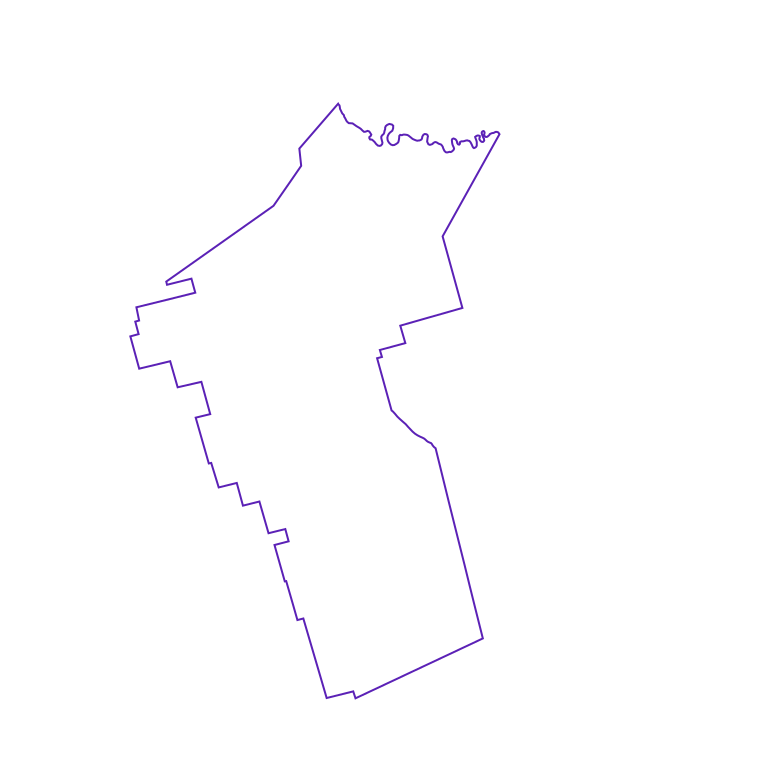 the district of Loreto, Santiago del Estero, Argentina, rotated 334°
{"feature_id": "61730980B13568432968305", "entity_name": "Loreto", "entity_type": "district", "adm_level": 2, "iso_a3": "ARG", "parent_name": "Argentina", "parent_adm1": "Santiago del Estero", "projection": "natural_earth1", "projection_center": [-64.074, -28.643], "detail": "fine", "context": "isolated", "style": "outline", "palette": "violet", "viewbox_px": 768, "rotation_deg": 334, "n_neighbors": 0, "source": "geoboundaries", "source_scale": "gbopen_adm2", "svg_char_len": 3658}
<svg xmlns="http://www.w3.org/2000/svg" viewBox="0 0 768 768"><g transform="rotate(334 384 384)"><path d="M220.6,654.0L361.3,656.0L368.3,622.8L372.5,603.1L377.1,581.9L381.6,560.6L390.6,518.1L396.4,491.3L399.1,478.8L402.2,464.4L401.3,462.5L400.8,460.5L400.7,458.9L400.4,457.8L399.4,456.7L398.3,455.4L397.5,454.0L396.9,452.3L396.2,450.7L395.1,449.2L393.4,447.2L391.6,444.8L390.1,442.3L388.8,439.3L386.9,433.3L385.9,429.6L384.4,426.1L382.8,422.2L381.7,419.2L380.8,415.5L379.9,412.5L379.2,411.1L389.1,357.8L394.0,358.8L395.2,351.6L421.1,356.6L424.2,338.7L452.4,343.7L475.4,347.8L487.8,350.0L501.4,277.0L597.3,210.1L597.0,208.0L596.0,206.9L594.7,206.3L593.4,206.4L592.2,206.3L591.3,205.9L589.9,205.8L588.6,205.8L587.9,206.4L586.7,206.7L585.5,207.0L584.7,207.0L583.6,206.4L583.1,205.1L583.3,203.7L584.1,202.9L584.7,201.9L584.7,200.9L584.4,200.3L583.3,200.1L582.4,200.5L581.9,201.1L581.7,201.8L581.4,203.3L581.3,204.9L581.2,206.1L581.4,207.3L581.1,208.1L580.8,209.1L580.0,209.6L579.0,209.8L578.0,209.2L577.5,208.4L577.1,206.8L577.1,205.6L577.7,204.7L578.4,204.1L578.8,203.0L577.9,202.1L576.8,201.6L575.5,201.6L574.2,201.9L574.0,203.2L573.9,204.7L573.7,206.1L573.4,207.3L572.5,209.1L572.0,210.2L571.2,211.0L570.3,211.4L569.3,211.5L568.3,211.4L567.8,210.5L567.7,209.4L567.8,207.9L567.8,205.5L567.7,204.4L567.3,203.0L566.3,202.2L565.6,201.5L564.4,201.1L562.4,200.8L561.3,200.5L560.2,199.9L559.2,199.8L558.0,200.0L557.8,201.0L557.2,201.6L556.4,201.8L555.6,201.0L555.4,199.5L555.8,198.2L555.9,196.9L555.5,195.4L554.8,194.5L554.1,193.8L552.9,193.7L551.9,194.5L551.5,195.6L550.9,197.3L550.5,198.9L550.4,200.6L550.4,201.8L550.1,203.3L549.3,204.0L548.0,204.5L546.7,204.8L545.7,204.8L544.8,204.1L543.3,203.8L542.1,203.5L541.1,202.7L540.5,200.9L540.5,199.3L540.6,197.7L540.8,196.5L540.6,194.9L540.2,193.7L539.3,192.8L538.4,191.9L537.7,190.6L537.0,189.7L536.3,189.1L535.5,188.9L534.0,189.0L532.9,189.5L532.1,189.5L530.1,189.2L529.0,188.0L529.0,186.2L529.0,185.1L530.0,183.5L531.2,181.7L532.1,180.6L532.2,179.1L531.7,178.2L530.3,177.2L528.8,177.2L526.9,178.4L526.0,179.7L525.0,180.6L524.4,180.7L522.8,180.7L521.8,180.3L520.5,179.9L519.6,179.1L518.4,177.8L517.1,176.2L516.4,174.6L515.6,172.9L514.9,171.4L514.0,170.3L512.1,169.0L510.6,168.3L509.1,168.2L507.8,167.2L506.5,167.7L505.6,169.3L504.4,171.1L503.1,172.7L502.0,173.3L500.2,173.6L498.0,173.7L496.4,173.1L495.2,171.8L494.4,169.7L494.1,167.8L494.2,166.3L495.0,164.1L496.3,162.5L498.0,161.3L499.7,160.6L502.5,160.0L504.3,158.2L505.5,155.9L504.9,154.3L502.8,152.6L500.5,152.5L498.6,153.0L497.4,154.1L496.8,155.4L495.3,156.9L494.3,158.3L493.1,159.2L491.5,159.6L490.1,160.4L489.4,161.7L489.2,162.5L488.8,164.4L488.4,166.4L487.5,167.6L485.7,168.3L484.5,168.1L483.0,167.0L482.1,164.7L481.7,162.5L481.0,160.6L480.3,159.1L478.7,158.1L478.6,156.5L479.1,155.6L480.8,155.2L481.9,154.3L481.6,151.4L481.3,150.4L480.2,149.3L478.0,149.1L476.6,148.6L475.8,146.9L475.0,144.5L474.1,142.9L472.3,140.2L470.0,136.0L468.1,134.9L466.7,134.1L465.9,132.3L465.6,130.9L465.6,128.0L465.4,126.5L465.8,124.7L465.1,122.5L465.1,120.8L465.1,118.9L465.1,117.4L465.7,115.7L466.1,114.1L465.6,112.4L465.6,112.0L411.1,135.3L405.2,151.6L388.9,160.8L362.8,175.4L330.2,180.7L233.2,196.5L232.5,199.7L257.1,204.9L255.7,212.2L254.4,219.2L228.9,213.8L195.1,206.5L191.7,219.6L187.8,218.9L185.3,231.6L176.9,230.0L170.7,262.9L201.8,269.8L197.1,296.5L220.8,302.0L214.6,334.9L200.0,331.7L191.7,378.6L194.1,379.2L190.1,404.5L208.3,408.4L203.9,431.5L220.5,435.0L214.8,467.5L231.7,471.1L229.3,483.6L215.0,480.7L208.3,517.9L209.7,518.3L205.3,543.6L202.7,558.2L208.7,559.4L199.4,614.2L194.8,641.1L221.6,646.8L220.6,654.0Z" fill="none" stroke="#5b21b6" stroke-width="2"/></g></svg>